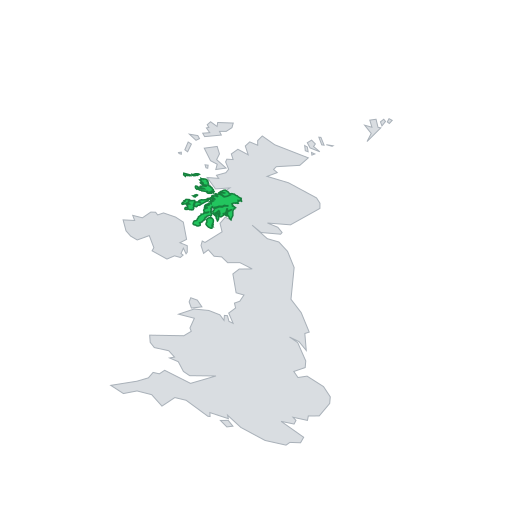 United Kingdom, with Argyll and Bute highlighted, rotated 28°
{"feature_id": "GBR-2746", "entity_name": "Argyll and Bute", "entity_type": "Unitary District", "adm_level": 1, "iso_a3": "GBR", "parent_name": "United Kingdom", "parent_adm1": "", "projection": "robinson", "projection_center": [-5.597, 55.994], "detail": "fine", "context": "in_parent", "style": "filled", "palette": "green", "viewbox_px": 512, "rotation_deg": 28, "n_neighbors": 0, "source": "natural_earth", "source_scale": "10m", "svg_char_len": 9837}
<svg xmlns="http://www.w3.org/2000/svg" viewBox="0 0 512 512"><g transform="rotate(28 256 256)"><path d="M277.0,380.7L253.6,392.8L246.1,392.0L237.0,385.8L227.6,386.6L231.5,383.5L223.4,380.6L209.2,384.6L203.1,381.9L199.3,375.8L229.7,360.3L234.2,352.9L231.5,350.6L230.8,339.9L215.0,343.7L226.2,331.9L239.8,326.3L251.7,324.9L258.0,327.9L256.0,323.3L258.8,322.1L262.8,326.4L267.4,326.2L258.7,319.2L262.4,311.5L259.1,307.7L262.9,303.6L263.7,296.1L255.7,297.8L244.0,282.7L247.3,275.4L258.7,269.2L244.9,269.4L234.1,275.2L226.1,272.9L219.1,275.9L211.0,272.9L208.5,278.3L202.5,272.5L201.5,268.0L204.6,268.0L214.7,250.6L208.9,244.0L210.6,236.2L217.0,235.9L210.1,232.1L211.3,228.4L200.3,237.5L200.1,231.6L206.0,225.9L195.8,233.1L195.8,241.6L191.2,254.4L185.6,255.3L192.6,240.5L189.5,240.1L191.8,225.3L200.9,208.2L188.7,215.8L176.0,209.6L186.6,205.0L183.2,203.3L190.3,196.6L191.1,192.2L185.0,187.2L184.8,184.2L190.5,181.6L186.3,177.5L189.9,170.3L201.6,170.3L194.9,163.9L196.9,158.2L205.5,157.4L203.3,153.3L205.2,147.1L220.3,149.0L256.1,144.8L252.1,155.4L232.0,167.6L230.9,171.3L235.6,172.4L228.4,180.5L250.3,176.1L282.2,176.3L287.7,179.4L290.1,184.0L271.8,212.3L250.6,221.5L261.8,220.4L268.0,223.0L267.5,225.2L249.4,232.9L238.1,230.6L257.8,235.4L269.6,232.9L281.7,237.1L295.1,248.3L307.2,277.8L322.5,284.8L338.7,298.2L335.5,301.5L344.7,315.8L334.1,311.4L323.6,311.8L333.5,312.9L349.2,325.3L351.8,331.4L343.6,340.2L350.1,343.6L357.5,338.1L376.9,339.6L387.7,345.5L390.3,351.6L386.9,367.5L377.3,372.7L378.6,377.0L364.4,381.0L368.5,382.4L368.5,386.5L355.8,390.2L383.2,393.7L383.0,400.0L373.4,404.7L371.3,408.9L350.6,414.6L323.2,414.5L305.6,409.9L308.0,412.6L288.8,415.9L290.8,419.3L288.7,420.1L262.0,416.2L250.8,419.1L243.4,432.7L229.0,427.4L214.3,431.0L203.5,439.7L188.5,438.4L209.6,422.5L218.2,414.1L219.8,407.1L226.0,405.4L229.0,399.8L258.0,399.2L277.0,380.7ZM178.8,300.5L161.8,300.2L161.9,296.6L152.2,288.1L143.6,297.6L136.0,297.3L129.4,294.8L121.7,286.5L132.2,281.6L128.1,278.0L137.8,275.6L142.5,266.6L146.8,264.5L149.9,265.9L154.1,261.4L166.7,259.4L175.9,260.2L186.9,273.9L182.6,280.0L190.5,279.2L193.5,284.9L193.2,286.9L188.2,283.2L188.6,289.0L191.2,289.4L189.9,292.8L184.0,294.1L178.8,300.5ZM174.5,154.0L171.2,159.9L165.2,163.1L168.6,165.5L154.6,174.7L151.3,172.6L157.3,168.8L152.1,166.2L154.0,164.6L151.3,163.0L152.9,158.8L160.8,159.9L159.5,156.1L173.5,149.3L174.5,154.0ZM175.8,183.0L176.0,189.4L188.3,192.4L179.9,198.5L178.7,193.2L171.1,193.2L159.7,185.1L170.3,177.5L175.8,183.0ZM297.8,78.9L303.3,85.1L306.0,84.3L300.3,102.8L300.2,93.7L290.5,89.5L297.9,87.9L292.7,82.6L297.8,78.9ZM185.4,222.2L171.2,223.9L175.8,217.2L171.1,214.6L176.8,212.0L185.8,217.2L185.4,222.2ZM224.9,322.5L232.1,326.3L223.4,332.3L218.5,327.9L218.0,323.5L224.9,322.5ZM176.0,236.1L177.1,245.4L171.3,247.1L171.4,241.2L166.4,244.0L168.5,238.7L176.0,236.1ZM255.8,129.2L255.4,132.3L263.4,134.0L253.0,135.2L248.1,131.9L250.7,127.6L255.8,129.2ZM203.3,252.4L197.2,251.3L196.2,245.0L201.1,244.2L203.3,252.4ZM315.5,417.1L310.5,420.6L301.8,417.9L308.6,414.2L315.5,417.1ZM180.2,240.1L177.5,237.4L186.8,229.8L184.8,233.6L180.2,240.1ZM148.1,177.0L151.0,178.9L148.7,182.0L140.0,179.7L148.1,177.0ZM146.7,196.1L143.3,195.6L142.6,187.2L146.4,187.5L146.7,196.1ZM306.1,82.0L302.9,79.1L304.6,75.3L307.2,76.4L306.1,82.0ZM264.1,126.2L261.9,127.0L255.7,121.6L257.6,120.8L264.1,126.2ZM253.1,139.5L250.1,139.9L247.1,135.6L250.2,135.7L253.1,139.5ZM312.6,72.3L311.5,76.4L309.0,76.0L309.0,72.3L312.6,72.3ZM271.7,123.4L265.8,124.7L272.3,122.5L271.7,123.4ZM172.2,201.2L170.4,201.6L168.2,199.4L171.1,198.3L172.2,201.2ZM260.0,138.3L258.0,140.7L256.4,138.5L260.0,138.3ZM165.5,212.6L161.9,213.8L166.8,211.3L165.5,212.6ZM142.3,201.2L140.0,201.7L139.0,201.0L141.3,199.4L142.3,201.2Z" fill="#d9dde1" stroke="#a8b0b8" stroke-width="1"/><path d="M216.9,235.8L214.7,235.1L213.3,233.8L211.7,233.2L211.0,232.3L210.6,231.1L210.2,231.1L210.1,231.3L210.3,232.1L211.9,234.1L211.7,234.3L210.5,234.4L209.9,234.2L209.6,233.7L209.5,231.5L210.6,229.6L212.4,227.4L212.4,226.8L211.8,227.3L209.9,230.0L209.3,230.0L209.1,229.7L209.2,228.7L208.8,227.9L208.4,227.8L208.1,228.1L209.0,231.1L208.9,231.6L208.5,232.0L208.8,234.1L207.2,233.9L207.2,234.1L208.2,234.7L208.3,235.1L206.8,237.8L206.1,238.2L205.3,238.1L204.9,237.7L204.1,235.2L203.0,234.2L202.7,233.5L202.3,233.7L203.7,236.1L203.9,236.8L203.7,237.1L201.4,236.0L201.2,234.8L200.4,236.6L199.6,237.4L200.7,239.5L198.1,238.8L197.8,238.5L197.7,237.7L197.0,237.0L197.0,236.1L197.4,235.2L197.0,233.9L200.5,229.8L203.2,228.7L204.8,226.5L207.5,225.3L208.0,224.4L206.6,225.4L204.2,226.1L203.1,227.9L199.9,229.4L197.7,231.8L196.8,232.1L196.5,233.1L196.2,233.5L195.0,233.6L194.5,233.4L194.4,232.8L194.1,233.0L193.9,235.3L194.6,235.5L195.0,237.2L195.4,237.4L195.2,237.8L195.6,238.1L195.2,238.3L196.7,239.5L197.3,240.3L197.6,241.1L197.4,241.6L195.7,242.2L194.5,243.2L193.8,244.3L193.6,245.5L193.0,245.8L193.2,246.2L193.2,247.0L193.9,247.6L193.8,248.0L193.0,248.3L193.2,249.0L192.5,250.1L192.4,251.2L192.1,251.3L191.1,252.9L190.5,253.1L190.5,253.3L191.1,253.4L191.6,253.8L192.3,254.9L192.1,255.4L190.8,256.7L189.6,257.2L187.9,257.0L187.0,257.5L185.9,257.5L185.2,257.0L184.9,255.5L185.0,254.1L187.0,252.4L186.8,250.2L187.2,249.2L186.8,248.5L188.1,245.9L188.2,245.2L187.9,244.8L189.4,243.9L190.6,242.0L192.6,240.9L193.4,240.0L193.9,239.0L191.4,241.1L190.1,241.8L189.7,241.8L189.9,241.3L188.5,240.6L188.1,239.0L189.2,237.8L189.6,237.1L190.8,236.0L188.2,237.6L187.7,237.4L187.5,236.6L190.4,233.4L190.8,232.5L190.5,232.4L189.4,233.0L189.2,233.6L188.1,234.5L188.1,235.3L187.7,235.9L187.2,235.7L187.5,234.4L190.7,230.5L191.9,230.9L191.8,230.5L191.4,230.2L191.2,229.4L192.5,227.4L191.7,227.6L189.9,229.1L190.4,227.7L191.4,226.5L191.1,226.0L191.5,225.7L192.9,225.2L192.4,224.6L190.3,225.4L190.2,224.7L190.8,222.7L191.6,221.9L192.8,222.0L194.1,221.6L194.1,221.4L191.7,221.6L192.5,220.3L193.3,219.9L193.2,219.6L193.8,218.9L194.7,218.6L197.4,218.4L199.5,218.9L200.4,218.7L202.8,216.6L204.2,214.7L203.6,214.9L202.6,216.6L200.6,218.2L199.5,218.3L196.7,217.8L195.9,218.3L195.5,218.1L195.1,216.8L193.9,217.9L193.5,217.7L194.6,215.6L195.3,216.1L196.5,216.2L199.5,214.7L196.1,215.9L195.0,215.4L196.4,213.3L197.9,212.2L201.4,212.5L202.1,213.0L203.9,213.3L205.4,212.2L206.7,212.0L207.9,211.5L209.5,212.0L211.4,211.7L212.3,212.1L214.5,212.2L215.9,212.0L216.0,212.5L215.7,212.7L215.7,213.1L216.6,213.3L217.6,214.5L217.4,214.7L216.6,214.4L214.0,215.3L214.2,215.6L215.2,216.0L214.5,217.5L215.4,217.9L214.8,218.3L213.3,218.5L213.2,219.0L212.0,219.4L211.1,220.0L210.2,221.3L211.9,222.2L211.6,222.9L211.8,223.0L213.4,222.7L215.2,223.0L214.6,223.7L215.0,224.3L214.6,224.6L214.3,225.4L214.4,227.1L216.6,231.2L216.6,234.1L216.9,235.8ZM187.7,219.1L188.5,220.3L187.3,220.5L187.0,220.4L186.9,219.9L186.3,219.8L186.4,220.2L185.2,221.2L185.2,221.4L187.1,221.0L187.5,221.1L187.4,221.5L184.5,223.0L183.5,223.2L182.7,222.8L183.4,222.2L183.4,221.9L182.9,221.7L182.2,221.9L181.7,222.5L178.5,223.5L177.7,224.0L176.8,223.7L175.6,224.2L173.1,224.2L172.4,224.9L170.8,224.4L170.0,223.5L169.8,222.9L170.0,222.4L171.3,222.1L171.8,222.1L172.9,223.3L173.4,222.8L172.9,222.6L174.6,222.6L175.4,222.2L177.2,221.9L178.9,220.9L178.3,220.8L175.4,221.7L174.8,221.6L174.1,221.0L174.5,220.4L175.3,220.0L176.2,218.7L177.3,218.7L179.2,217.9L179.4,217.3L179.1,216.8L176.1,217.8L174.9,216.3L171.9,215.8L170.6,215.2L171.8,214.5L170.9,213.3L171.9,213.3L172.8,212.8L173.4,213.2L173.7,212.4L175.5,211.8L176.4,211.7L178.0,212.2L177.8,212.8L178.6,212.9L179.3,213.6L180.5,216.0L183.4,216.1L184.0,216.5L184.9,216.3L185.9,217.2L187.2,217.4L187.9,218.5L188.8,218.7L188.7,219.3L187.7,219.1ZM178.6,242.9L178.8,244.5L177.9,245.3L177.7,245.0L175.9,246.2L173.7,246.4L173.4,247.2L171.8,248.0L171.1,247.9L170.8,247.1L170.9,246.3L173.0,245.3L172.1,243.8L170.8,243.4L170.9,242.8L172.8,241.3L170.7,241.1L170.2,241.4L169.2,243.2L168.3,243.6L167.1,244.8L166.4,244.9L166.0,244.6L166.4,243.4L166.0,243.2L167.5,241.3L166.6,240.9L167.2,240.4L167.6,238.9L170.6,237.5L171.0,237.6L170.5,239.0L170.7,239.6L171.2,239.9L171.0,239.0L171.6,238.3L175.7,235.8L176.3,236.2L176.8,240.5L178.1,241.7L177.9,242.5L178.6,242.9ZM204.2,250.4L203.6,250.7L204.0,252.2L202.9,252.7L200.3,252.8L197.9,252.0L196.8,251.3L196.5,249.6L196.8,249.0L195.7,247.6L195.4,246.8L195.6,245.7L196.6,244.3L197.4,243.8L198.3,243.6L198.1,243.2L199.0,243.2L200.8,243.8L201.8,244.7L202.1,245.4L202.7,247.1L202.4,247.6L203.5,248.4L203.6,249.2L202.7,249.4L202.9,249.9L204.2,250.4ZM182.8,231.4L187.0,228.6L187.6,228.8L187.7,229.6L187.7,230.0L186.4,231.2L183.0,236.3L182.5,237.6L182.2,237.5L180.9,238.6L180.4,240.4L179.8,240.7L178.7,240.7L177.8,240.2L177.4,239.4L177.1,237.7L177.5,236.6L179.5,235.4L181.6,235.1L182.5,234.6L180.0,234.8L179.6,234.3L179.9,233.5L181.5,231.9L182.8,231.4ZM205.2,242.3L205.7,242.6L205.6,243.2L205.3,243.1L204.7,242.3L202.9,241.1L202.3,239.1L201.2,238.4L200.7,237.3L200.7,236.8L201.6,236.5L203.9,237.9L204.0,238.6L204.7,239.0L205.4,240.4L205.7,241.4L205.2,242.3ZM153.4,216.8L159.9,215.3L160.3,215.9L159.9,216.3L158.3,216.5L158.2,217.0L156.5,217.6L156.1,218.2L156.2,218.8L154.0,218.3L153.4,216.8ZM167.6,210.5L166.4,212.4L165.6,212.6L164.6,213.6L163.2,214.4L161.9,214.3L161.6,214.9L161.0,214.0L161.7,213.9L162.4,213.4L163.9,211.8L164.8,211.3L166.6,210.5L167.6,210.5ZM174.0,230.3L174.6,230.3L174.8,230.2L174.7,229.8L175.5,229.6L175.8,229.6L175.9,230.0L175.1,231.0L174.8,231.7L174.8,232.3L173.6,232.8L172.3,232.5L172.7,232.3L173.3,231.0L174.0,230.3ZM175.3,217.9L173.2,217.9L172.5,217.5L173.1,216.9L173.8,216.8L175.3,217.9ZM189.2,224.9L189.5,225.1L189.7,224.9L189.8,225.4L189.1,227.4L188.3,226.3L189.2,224.9ZM188.8,223.7L189.5,222.8L190.5,222.8L189.9,223.8L190.1,224.2L189.5,224.5L189.0,224.2L188.8,223.7ZM187.7,227.0L188.1,227.8L186.1,228.4L186.4,227.8L187.7,227.0ZM191.2,219.8L192.0,219.8L192.6,219.6L191.8,220.6L190.5,220.7L191.2,219.8Z" fill="#22c55e" stroke="#15803d" stroke-width="1.5"/></g></svg>